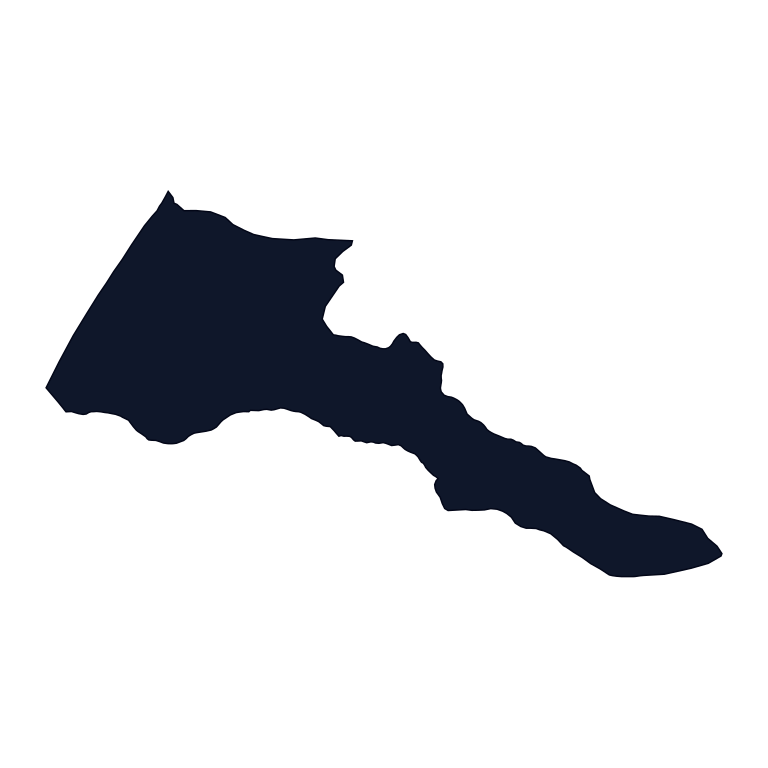 outline of Yoeseltse, Samchi, Bhutan, rotated 90°
{"feature_id": "84629894B70559788539296", "entity_name": "Yoeseltse", "entity_type": "district", "adm_level": 2, "iso_a3": "BTN", "parent_name": "Bhutan", "parent_adm1": "Samchi", "projection": "equal_earth", "projection_center": [88.985, 26.964], "detail": "fine", "context": "isolated", "style": "filled", "palette": "ink", "viewbox_px": 768, "rotation_deg": 90, "n_neighbors": 0, "source": "geoboundaries", "source_scale": "gbopen_adm2", "svg_char_len": 4253}
<svg xmlns="http://www.w3.org/2000/svg" viewBox="0 0 768 768"><g transform="rotate(90 384 384)"><path d="M240.8,415.6L239.7,439.9L238.0,452.7L239.9,474.2L239.7,477.6L238.6,495.6L236.6,505.0L234.5,514.4L230.3,523.9L224.6,535.1L217.5,542.8L211.9,557.4L210.6,572.0L210.7,584.0L204.4,591.1L203.2,594.0L197.6,595.1L191.4,599.8L197.1,602.8L203.1,606.2L206.2,608.5L210.8,610.9L216.0,615.6L225.7,623.5L244.8,636.4L259.4,645.7L271.6,654.3L283.3,661.7L286.8,664.1L295.0,669.7L313.3,681.1L335.7,694.8L361.9,708.9L387.8,721.9L401.7,710.1L408.1,704.9L410.2,703.3L411.8,702.0L411.5,696.5L412.8,692.3L413.7,689.1L414.4,684.9L414.0,681.8L412.5,679.3L411.7,677.0L411.6,673.8L411.4,671.4L411.8,667.0L412.5,663.0L412.8,660.1L413.7,655.7L414.3,652.4L415.2,649.9L416.1,647.3L417.2,645.6L418.1,643.7L420.2,639.4L421.8,638.3L424.3,636.4L426.6,634.7L430.2,631.6L431.7,629.7L433.7,626.6L436.8,622.2L438.7,620.8L439.9,619.2L440.2,616.7L440.4,612.1L441.7,608.0L443.0,604.6L443.6,600.3L443.7,596.9L443.6,594.6L443.2,591.5L441.6,587.3L440.5,584.3L438.8,582.1L436.4,579.7L434.8,577.2L433.2,574.0L432.7,571.7L432.3,569.2L431.2,562.1L430.0,556.8L428.7,554.3L427.0,551.6L424.6,549.5L421.6,546.9L419.7,544.8L418.2,542.5L416.9,540.6L414.9,537.6L413.6,534.4L412.6,531.9L412.2,529.5L411.6,524.9L411.6,522.4L411.7,519.2L410.3,517.7L410.6,509.2L409.5,504.0L409.3,501.2L410.1,496.8L409.7,493.9L407.9,487.6L408.2,484.0L409.0,481.4L410.5,477.1L411.1,474.7L411.5,472.3L411.7,469.4L412.2,467.2L414.3,462.9L417.1,458.5L418.5,456.6L420.3,452.1L421.6,449.3L423.7,446.6L425.6,444.3L426.2,441.8L426.6,437.7L428.4,436.0L430.7,433.8L432.9,432.0L436.2,429.1L435.5,426.9L436.2,424.1L436.1,421.7L436.3,418.4L437.3,416.6L439.9,414.4L441.1,412.8L441.0,409.1L440.8,406.8L441.9,403.7L442.7,401.3L441.8,397.1L442.1,394.6L443.0,392.5L443.3,389.1L442.6,384.8L443.3,382.1L444.2,379.7L445.5,376.4L445.1,373.0L444.6,369.6L445.8,366.8L448.1,364.4L449.4,362.9L450.9,360.3L452.1,357.6L452.9,355.5L453.8,353.1L455.3,351.4L457.0,349.8L459.9,348.1L462.2,346.5L463.3,344.6L465.5,343.2L467.4,342.3L470.3,339.8L472.9,337.1L475.3,334.5L476.6,332.2L478.6,329.8L480.6,331.8L484.5,333.3L488.2,332.9L492.0,331.6L497.3,327.8L503.6,325.7L508.5,323.3L510.5,319.9L509.5,302.3L510.3,296.1L510.2,290.4L509.9,283.6L508.6,277.3L509.2,270.9L511.2,265.3L513.5,261.2L517.2,256.6L523.1,252.7L526.5,247.2L528.2,241.8L528.2,237.5L528.5,231.8L529.8,228.3L530.8,224.1L533.7,217.3L539.3,210.5L545.7,204.5L547.1,201.8L552.0,194.6L557.4,185.8L563.6,177.3L568.8,168.0L574.9,158.7L575.6,155.7L576.2,151.4L576.6,146.3L576.6,137.9L576.6,135.4L576.5,133.1L575.7,127.6L575.4,124.2L574.2,103.6L568.2,76.8L563.3,59.7L556.0,47.0L553.6,46.1L546.2,51.0L538.3,60.3L529.3,66.0L524.1,76.4L519.6,94.2L516.3,108.7L516.1,119.0L515.2,127.6L514.3,135.4L511.0,143.9L504.9,157.7L498.7,167.4L492.6,173.3L479.4,178.2L476.0,178.8L470.4,186.1L468.1,187.7L465.2,191.8L463.9,194.9L461.9,198.8L460.7,203.2L459.4,210.5L459.0,212.8L458.4,216.9L457.6,219.6L456.9,222.2L455.5,224.2L451.7,228.4L449.4,231.0L447.9,232.7L446.4,236.7L446.1,239.3L446.0,242.1L445.1,245.0L443.5,246.8L442.4,248.6L441.9,252.0L440.2,254.6L439.2,257.1L439.2,260.3L438.5,263.1L436.1,268.7L434.0,274.0L432.6,276.7L431.2,279.0L429.5,281.1L427.2,282.6L425.0,284.4L422.6,287.1L421.3,289.5L419.8,294.0L418.2,296.3L416.2,298.5L414.1,300.9L411.8,301.9L408.2,303.4L404.7,305.5L402.5,307.6L401.1,309.1L399.7,311.2L398.1,314.3L397.2,316.6L396.6,320.3L395.2,323.9L391.8,326.8L389.8,327.3L388.0,327.6L384.6,327.1L382.3,326.7L380.3,326.5L378.2,326.8L375.6,326.9L373.2,326.4L370.7,326.0L367.0,325.1L363.8,325.2L361.8,327.1L361.1,330.4L360.0,333.7L357.1,336.9L355.4,338.5L353.2,340.5L350.2,343.1L347.5,345.8L344.5,348.4L342.9,349.6L342.3,351.9L342.4,355.5L341.8,357.6L337.6,360.0L334.5,362.3L333.5,364.8L334.8,368.6L337.3,371.2L341.1,374.1L343.9,375.6L346.3,377.5L347.7,379.3L348.8,382.4L348.8,385.2L348.3,388.0L347.0,390.7L346.6,393.1L346.2,395.2L344.5,399.1L343.6,401.4L342.7,403.8L342.0,406.3L340.0,409.8L338.0,413.7L336.9,416.8L336.7,419.3L336.7,422.2L336.4,425.2L335.8,429.7L335.2,432.2L334.9,434.6L333.4,435.8L326.3,441.4L319.1,445.8L306.4,442.7L286.0,428.8L282.3,424.5L275.1,425.6L270.1,432.2L266.5,433.9L258.8,432.8L251.5,425.3L245.1,416.7L240.8,415.6Z" fill="#0f172a" stroke="#020617" stroke-width="1.5"/></g></svg>